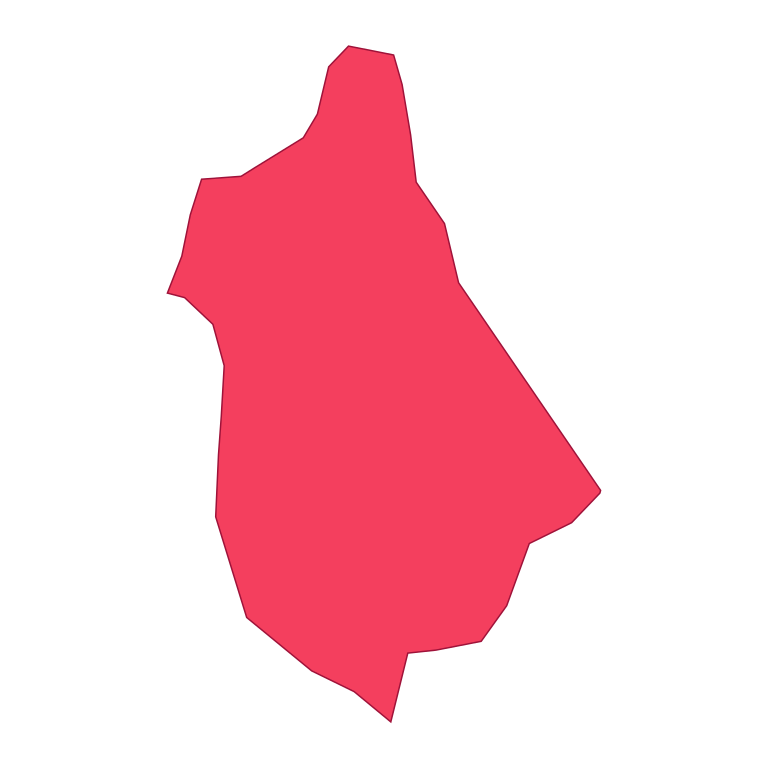 Gwangmyeong-si, Gyeonggi, South Korea
{"feature_id": "91817680B3942656644244", "entity_name": "Gwangmyeong-si", "entity_type": "district", "adm_level": 2, "iso_a3": "KOR", "parent_name": "South Korea", "parent_adm1": "Gyeonggi", "projection": "equal_earth", "projection_center": [126.869, 37.436], "detail": "fine", "context": "isolated", "style": "filled", "palette": "rose", "viewbox_px": 768, "rotation_deg": 0, "n_neighbors": 0, "source": "geoboundaries", "source_scale": "gbopen_adm2", "svg_char_len": 559}
<svg xmlns="http://www.w3.org/2000/svg" viewBox="0 0 768 768"><path d="M390.8,721.9L407.8,653.1L436.0,650.1L481.2,641.3L506.7,605.7L529.3,543.5L571.6,522.7L599.9,493.1L600.6,490.4L458.6,282.8L444.5,223.6L416.2,182.2L410.6,134.8L402.1,84.5L394.3,57.4L393.6,55.0L348.5,46.1L328.7,66.8L317.4,114.1L303.3,137.8L255.3,167.4L241.1,176.3L201.6,179.2L190.3,214.8L181.8,256.2L167.4,293.1L184.6,297.6L212.9,324.3L224.2,365.7L221.3,416.1L218.5,454.6L215.7,516.8L246.7,617.5L311.7,670.9L354.1,691.6L390.8,721.9Z" fill="#f43f5e" stroke="#9f1239" stroke-width="1.5"/></svg>